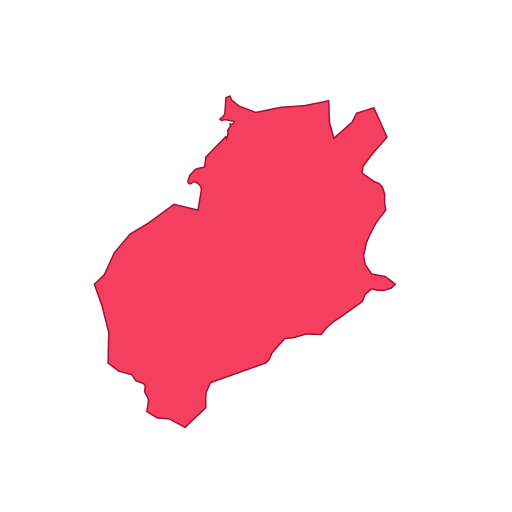 the district of Guli, White Nile, Sudan, rotated 220°
{"feature_id": "16777658B68520369405520", "entity_name": "Guli", "entity_type": "district", "adm_level": 2, "iso_a3": "SDN", "parent_name": "Sudan", "parent_adm1": "White Nile", "projection": "mercator", "projection_center": [32.427, 13.311], "detail": "fine", "context": "isolated", "style": "filled", "palette": "rose", "viewbox_px": 512, "rotation_deg": 220, "n_neighbors": 0, "source": "geoboundaries", "source_scale": "gbopen_adm2", "svg_char_len": 1668}
<svg xmlns="http://www.w3.org/2000/svg" viewBox="0 0 512 512"><g transform="rotate(220 256 256)"><path d="M199.1,88.7L196.9,107.3L206.2,118.6L209.5,129.6L179.7,180.5L179.3,184.4L181.4,192.1L181.4,199.2L181.0,205.6L181.0,210.9L174.5,217.9L167.3,228.6L161.4,233.2L155.6,237.8L155.9,246.6L154.5,255.1L151.8,263.9L149.0,275.2L145.3,289.4L147.7,296.8L146.3,305.2L141.8,307.3L136.0,311.6L131.8,318.3L131.2,324.0L143.9,323.3L155.9,316.5L166.9,319.7L173.8,325.4L176.9,331.4L179.7,336.3L182.1,344.1L185.2,357.9L185.8,364.6L185.8,369.9L186.2,374.8L190.7,378.4L195.8,384.3L196.8,385.8L201.0,388.6L203.7,390.0L208.2,390.7L213.7,388.9L227.9,387.7L231.6,393.4L232.5,408.7L232.0,431.2L250.9,440.4L261.0,445.3L270.7,430.0L268.4,420.4L272.0,396.3L285.2,405.2L300.2,421.8L303.5,417.3L315.8,402.0L332.7,385.7L348.6,365.7L365.5,359.9L375.3,359.9L378.7,361.8L380.8,358.0L375.0,350.0L372.9,347.0L371.3,345.0L370.9,341.6L371.7,337.7L369.6,337.6L368.7,338.9L367.3,340.5L364.8,342.1L362.7,343.0L361.6,343.8L360.4,344.7L359.0,345.1L358.5,343.7L359.0,341.3L360.7,340.6L359.2,339.0L358.6,336.3L358.6,334.0L356.7,332.5L355.3,330.6L354.8,328.8L354.1,326.9L355.9,327.8L358.0,299.8L352.6,291.1L356.4,286.2L358.1,283.4L358.6,275.4L357.4,272.2L356.5,270.1L355.4,268.6L353.7,268.4L352.6,269.1L351.9,271.6L351.4,273.1L349.6,273.9L346.1,274.2L342.9,273.7L340.8,272.1L339.5,270.1L329.9,253.8L352.0,242.9L359.5,212.4L366.6,191.7L366.6,167.4L360.2,144.3L361.6,130.4L342.0,118.9L319.8,102.9L300.5,78.9L287.4,79.5L274.6,85.3L268.1,83.2L260.1,86.0L257.1,85.0L254.1,80.4L247.0,77.5L244.9,75.4L239.7,66.7L227.6,68.4L217.7,75.5L200.0,79.1L199.1,88.7Z" fill="#f43f5e" stroke="#9f1239" stroke-width="1.5"/></g></svg>